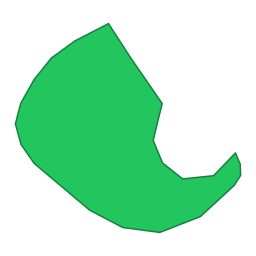 map outline of São Filipe (Albers equal-area conic projection)
{"feature_id": "CPV-5042", "entity_name": "São Filipe", "entity_type": "state/province", "adm_level": 1, "iso_a3": "CPV", "parent_name": "Cabo Verde", "parent_adm1": "", "projection": "albers", "projection_center": [-24.4, 14.921], "detail": "fine", "context": "isolated", "style": "filled", "palette": "green", "viewbox_px": 256, "rotation_deg": 0, "n_neighbors": 0, "source": "natural_earth", "source_scale": "10m", "svg_char_len": 407}
<svg xmlns="http://www.w3.org/2000/svg" viewBox="0 0 256 256"><path d="M235.4,153.0L240.2,164.1L240.6,175.5L234.2,185.4L200.5,216.5L159.8,232.4L122.7,227.5L89.8,210.3L34.3,163.5L21.0,144.5L15.4,123.8L20.8,103.2L34.2,79.4L51.4,58.0L74.9,40.9L108.5,23.6L130.6,57.7L162.2,103.6L157.8,121.2L153.2,140.4L162.5,162.9L182.6,178.9L213.6,175.7L235.4,153.0Z" fill="#22c55e" stroke="#15803d" stroke-width="1.5"/></svg>